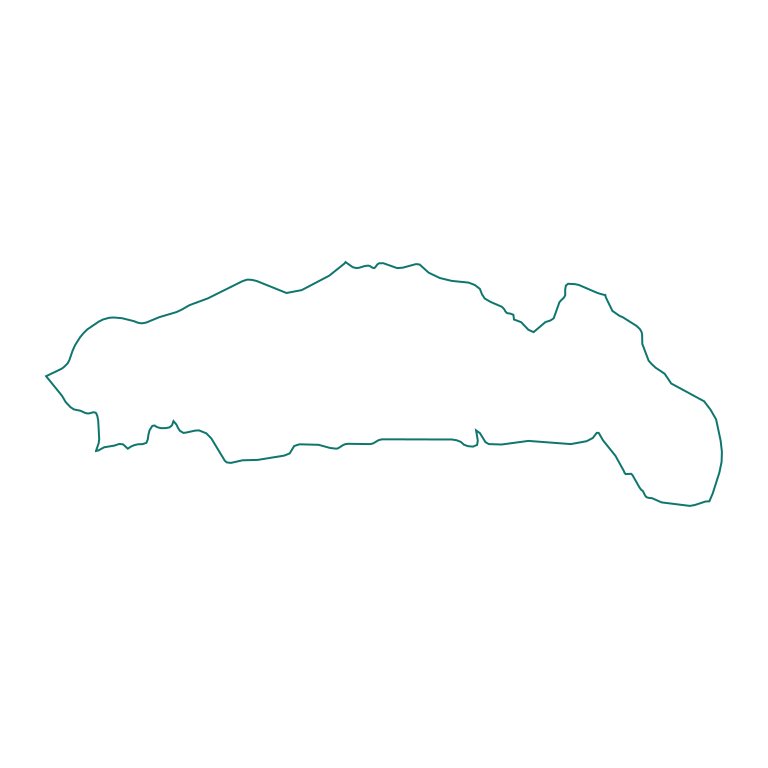 the Province of Gorontalo
{"feature_id": "IDN-1837", "entity_name": "Gorontalo", "entity_type": "Province", "adm_level": 1, "iso_a3": "IDN", "parent_name": "Indonesia", "parent_adm1": "", "projection": "natural_earth1", "projection_center": [122.28, 0.663], "detail": "fine", "context": "isolated", "style": "outline", "palette": "teal", "viewbox_px": 768, "rotation_deg": 0, "n_neighbors": 0, "source": "natural_earth", "source_scale": "10m", "svg_char_len": 2700}
<svg xmlns="http://www.w3.org/2000/svg" viewBox="0 0 768 768"><path d="M345.5,262.1L352.8,267.2L356.5,268.1L359.3,267.7L364.9,266.0L368.2,265.6L369.8,266.0L372.4,267.7L374.2,268.1L375.1,267.4L377.5,264.3L379.1,263.3L383.3,263.2L397.1,268.1L402.7,267.7L416.0,264.1L419.6,264.5L428.7,272.7L439.8,278.0L451.7,280.9L468.6,282.6L474.8,285.0L479.9,288.9L482.0,294.3L484.7,298.5L490.7,302.0L501.9,306.8L504.2,309.2L505.4,311.4L507.0,313.1L510.7,313.7L513.4,314.8L514.0,319.5L521.2,322.2L528.4,329.8L533.6,332.1L545.4,322.1L550.4,320.5L553.7,318.3L559.4,302.3L560.8,300.6L563.9,297.6L565.2,295.4L565.2,289.5L565.9,285.6L568.0,283.8L574.6,284.1L578.7,284.9L597.8,293.1L604.9,295.1L605.3,295.0L605.8,297.3L612.4,310.9L619.6,315.9L622.9,317.3L636.5,325.9L640.0,329.2L641.7,332.3L642.1,334.6L642.3,343.9L648.6,360.6L651.4,363.8L655.6,367.7L664.7,373.8L671.2,383.5L704.1,401.3L710.4,409.5L716.1,419.4L720.6,440.5L721.9,451.7L721.6,461.8L719.4,472.5L712.7,493.5L709.4,501.2L709.3,501.3L705.6,501.5L694.8,505.0L689.9,505.9L661.6,502.4L652.1,498.2L648.3,497.8L646.2,497.0L645.1,495.5L642.8,490.9L641.3,489.9L639.5,487.5L632.4,475.0L631.1,473.8L625.7,474.1L624.5,472.8L624.0,471.3L615.5,455.9L603.0,440.3L598.7,432.9L596.7,432.9L592.8,438.0L586.6,441.2L570.8,444.1L528.4,440.9L501.7,444.5L488.9,444.1L485.5,442.2L479.9,433.1L476.1,430.4L477.8,440.7L477.1,444.9L473.1,446.6L468.2,446.2L464.1,444.8L460.8,441.9L456.8,440.3L451.9,439.5L382.2,439.3L378.7,440.1L373.1,443.4L370.3,444.1L348.3,443.8L345.4,444.1L342.9,445.2L338.4,448.1L336.5,448.7L330.2,448.0L318.6,444.8L299.4,444.3L294.2,446.0L289.7,453.4L284.2,455.6L257.6,459.9L242.5,460.3L230.9,462.9L226.8,462.4L224.8,460.7L211.3,438.4L206.3,433.3L199.0,430.4L195.1,430.6L186.0,432.6L183.4,432.9L179.9,430.8L178.0,427.9L176.4,424.5L173.5,421.1L172.0,425.3L169.5,427.4L165.6,428.1L160.5,428.1L157.0,427.1L154.5,425.5L152.3,425.9L149.5,430.4L148.4,434.9L147.8,439.3L146.4,442.8L142.7,444.1L137.9,444.3L134.1,445.2L130.9,446.6L127.8,448.7L123.0,444.3L119.1,444.0L114.4,445.6L104.1,447.3L98.5,450.4L96.0,451.0L96.0,450.9L98.7,443.1L99.2,439.2L98.2,420.5L97.3,415.9L96.1,413.1L94.7,412.4L93.4,412.3L92.2,412.5L90.8,413.0L89.0,413.4L87.3,413.4L85.1,412.9L80.6,410.8L73.9,409.4L70.4,407.1L65.7,402.1L62.0,395.8L46.1,376.2L61.9,368.6L64.3,366.7L67.7,363.3L69.4,360.0L72.7,350.4L75.1,345.1L80.2,337.1L83.8,332.8L87.3,329.4L98.8,321.6L103.0,319.5L109.0,317.8L113.8,317.5L122.0,318.2L134.1,321.2L137.0,322.4L139.5,323.1L142.4,323.3L146.4,322.5L159.2,317.2L176.4,312.1L181.6,309.7L189.6,305.1L207.8,298.4L242.4,281.2L246.9,279.7L249.6,279.7L252.5,280.0L256.7,281.0L286.5,293.0L301.7,290.1L329.2,275.7L344.5,263.5L345.5,262.1Z" fill="none" stroke="#0f766e" stroke-width="2"/></svg>